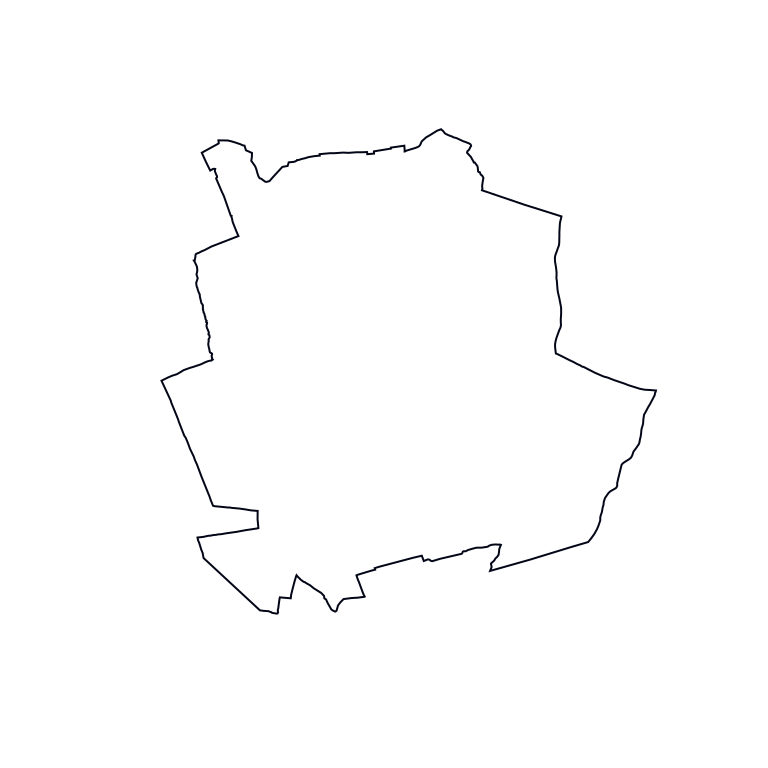 the district of Cozmesti, Iasi, Romania, rotated 203°
{"feature_id": "2599482B90266436678588", "entity_name": "Cozmesti", "entity_type": "district", "adm_level": 2, "iso_a3": "ROU", "parent_name": "Romania", "parent_adm1": "Iasi", "projection": "albers", "projection_center": [28.011, 46.872], "detail": "fine", "context": "isolated", "style": "outline", "palette": "ink", "viewbox_px": 768, "rotation_deg": 203, "n_neighbors": 0, "source": "geoboundaries", "source_scale": "gbopen_adm2", "svg_char_len": 6154}
<svg xmlns="http://www.w3.org/2000/svg" viewBox="0 0 768 768"><g transform="rotate(203 384 384)"><path d="M490.2,590.9L494.0,589.1L500.0,586.5L507.0,582.9L511.9,581.1L519.8,577.1L524.0,575.3L533.1,570.4L532.4,569.1L537.2,566.5L542.2,563.3L545.0,560.9L547.5,559.1L550.2,556.8L551.6,556.1L551.6,555.5L553.4,553.5L558.3,550.8L557.9,547.1L562.4,544.1L567.0,531.2L568.7,526.0L571.0,524.2L572.5,523.8L577.4,525.0L578.8,524.8L579.5,525.2L580.8,526.2L583.0,528.7L585.6,532.0L587.7,534.1L593.4,537.6L594.3,541.3L595.8,545.1L602.4,545.2L605.5,548.9L607.2,548.5L610.0,548.6L615.2,548.2L619.1,547.8L623.0,547.1L631.6,543.6L630.2,541.1L630.5,540.4L642.1,525.7L634.8,519.0L627.4,512.6L625.4,515.2L624.3,515.8L623.4,516.0L623.1,514.3L622.6,513.6L620.7,511.6L618.9,510.0L618.5,509.1L618.9,507.7L608.4,497.6L604.8,494.4L590.8,479.0L590.0,479.2L589.7,478.3L589.3,477.7L588.3,476.6L587.5,475.2L586.1,473.5L579.8,467.1L575.8,463.3L596.5,443.2L601.5,437.1L603.9,434.7L605.6,432.5L607.3,430.9L607.7,430.5L607.9,429.9L607.9,428.9L607.4,427.8L606.6,424.0L607.3,423.4L605.6,422.2L604.4,421.0L603.8,420.6L602.5,419.3L601.9,418.7L600.2,415.6L599.7,413.5L599.6,412.5L599.3,411.4L596.8,408.6L596.4,403.7L594.9,401.1L594.0,400.0L593.6,399.8L592.8,398.8L592.3,398.0L590.2,395.8L589.1,394.8L588.8,394.7L587.5,392.3L583.6,387.0L582.5,386.5L581.5,385.7L581.3,385.4L581.3,384.9L580.6,383.8L580.0,382.1L579.6,381.8L579.1,380.9L578.1,379.7L578.0,379.3L577.1,378.8L575.6,376.7L574.7,376.0L574.4,375.1L573.3,373.6L571.9,372.8L572.0,372.2L572.0,371.6L570.9,371.3L570.9,370.9L570.4,370.2L570.5,368.9L569.6,367.4L568.7,366.2L567.2,365.0L567.0,364.5L566.0,363.8L565.1,362.5L565.2,361.5L564.8,360.9L563.7,360.6L563.2,359.7L562.7,358.8L562.9,356.6L562.7,355.9L562.1,355.1L561.7,353.1L561.1,351.5L559.4,349.0L558.5,348.0L557.6,346.4L556.6,345.2L555.8,344.9L555.0,345.0L554.3,344.8L553.9,344.4L553.7,343.8L553.8,343.1L553.7,342.5L552.9,341.4L552.5,341.1L552.2,340.0L551.2,339.6L552.0,338.2L553.4,337.4L555.3,335.9L557.2,334.0L560.4,330.4L566.4,325.1L569.2,322.8L573.8,318.5L577.3,313.6L578.6,312.0L582.2,308.9L585.2,305.8L590.1,300.1L573.6,285.2L572.7,283.9L561.3,272.6L559.1,270.3L558.5,269.5L547.7,258.4L545.5,257.0L541.5,253.1L537.2,248.5L530.7,242.8L528.5,240.3L524.8,236.9L515.3,226.9L500.8,212.4L498.2,209.5L494.3,205.6L493.6,205.1L492.0,205.4L478.6,209.6L478.0,210.0L476.0,210.4L468.9,212.7L463.4,214.2L457.1,215.7L450.7,217.8L447.5,210.0L443.3,202.3L443.6,202.0L444.1,201.8L444.6,201.3L454.7,195.1L462.1,190.2L471.1,184.8L474.9,182.3L478.2,180.6L479.5,179.6L482.9,177.8L483.9,176.9L486.3,175.7L488.6,174.1L490.2,172.9L495.7,169.8L494.1,167.5L492.1,165.6L487.2,159.8L485.0,157.7L482.1,153.3L409.8,127.2L406.6,128.0L401.7,129.7L398.6,129.9L397.7,129.6L393.4,130.6L392.4,131.1L392.3,132.5L393.0,133.4L393.5,134.7L393.7,136.2L396.1,144.9L396.5,146.9L386.1,150.3L387.1,153.6L388.2,160.5L389.3,168.1L389.5,170.3L389.8,172.5L389.8,173.8L388.3,173.0L384.0,171.3L380.7,170.5L379.3,170.7L378.6,170.4L373.3,169.8L368.8,168.5L360.1,167.1L356.4,165.5L356.1,165.1L355.5,163.9L355.1,163.4L353.1,163.0L350.4,160.5L344.4,155.9L342.5,155.5L340.1,155.4L339.7,155.7L339.1,156.9L339.4,158.9L339.5,160.4L339.8,161.6L339.7,162.6L338.9,165.8L337.2,170.2L330.6,174.1L324.4,177.2L318.7,180.6L318.7,180.9L319.2,181.1L321.7,183.4L329.6,191.8L331.6,193.7L334.6,197.1L333.9,197.9L330.0,201.2L321.9,207.9L319.6,209.6L320.6,210.9L317.0,213.9L289.6,235.2L282.1,240.7L278.2,236.6L275.3,239.5L274.5,239.9L273.2,240.0L272.0,239.5L270.3,239.8L263.8,245.2L246.5,257.8L246.1,258.2L245.9,258.7L245.9,260.4L245.8,260.7L245.5,261.1L243.5,261.9L241.7,264.1L235.6,269.0L234.0,269.9L230.2,271.5L225.0,274.7L224.0,276.3L222.0,278.1L218.4,280.0L215.9,280.8L214.7,281.5L213.5,281.6L213.5,278.6L213.4,277.2L212.2,273.2L211.8,271.2L212.5,268.6L213.3,266.9L213.5,264.8L213.7,264.2L215.3,260.8L215.3,260.3L213.8,258.2L213.4,257.4L213.3,253.4L181.3,279.1L147.6,307.4L134.3,318.3L133.0,322.8L131.8,328.1L131.2,333.7L131.2,337.1L131.5,341.3L131.7,343.1L132.8,345.7L133.2,348.0L133.3,350.3L133.5,351.7L134.5,356.0L134.7,358.3L135.7,361.6L136.0,365.5L134.9,370.8L134.2,372.7L133.7,373.7L129.9,378.7L129.7,379.5L129.5,380.7L129.6,381.5L130.6,383.8L131.3,387.5L133.7,402.4L133.6,403.0L133.0,404.6L131.6,406.8L129.1,410.3L127.9,412.6L127.7,414.0L127.6,415.6L127.9,418.6L127.8,419.9L127.0,422.9L125.9,428.3L126.0,429.8L126.8,433.3L127.3,436.5L127.7,437.5L127.8,438.4L128.0,438.9L129.2,442.6L129.5,444.6L129.8,447.5L130.2,449.3L131.4,452.7L132.5,456.8L132.6,457.6L132.3,459.8L131.7,466.8L131.3,469.1L130.5,478.6L130.5,479.8L131.0,481.5L130.9,482.6L131.1,484.3L136.5,482.5L141.8,480.6L146.5,479.6L158.6,478.4L163.0,478.3L173.5,477.5L180.8,477.3L183.8,476.8L185.7,476.7L194.5,476.8L206.9,477.7L208.6,477.4L210.5,477.8L214.5,477.9L218.1,478.3L222.2,478.4L230.7,479.0L236.4,479.3L237.7,479.2L240.1,483.3L241.4,485.8L242.2,487.9L242.8,490.5L243.3,494.1L243.7,501.9L243.6,504.9L243.9,506.7L244.4,508.0L245.2,509.5L246.7,513.0L248.2,517.4L250.1,521.9L251.0,523.8L255.9,531.1L259.9,536.6L261.6,539.5L265.2,546.5L266.7,548.8L267.3,550.6L268.8,554.3L271.5,559.0L274.1,563.0L275.0,564.7L276.1,567.3L276.5,568.8L276.7,571.0L276.8,574.3L277.0,576.3L277.1,579.5L277.4,581.0L278.3,583.6L279.4,586.2L280.3,588.6L281.9,592.3L284.8,600.5L285.2,602.1L285.8,606.0L286.1,607.4L286.3,607.4L286.3,607.6L324.6,603.9L369.5,600.6L369.7,602.1L370.4,603.5L370.8,604.1L371.1,604.8L372.3,609.2L372.9,612.2L373.4,613.0L374.7,613.8L375.0,614.2L376.6,614.5L377.1,614.8L378.4,616.3L379.0,616.3L379.6,616.1L380.4,616.4L382.4,620.1L383.1,621.0L384.0,621.6L387.1,623.4L387.9,623.0L389.3,624.4L391.0,625.5L392.4,626.8L397.9,629.3L398.2,630.7L397.5,632.2L397.2,633.4L397.1,635.8L396.8,637.1L397.2,637.7L398.0,638.4L399.3,638.7L404.1,638.6L405.9,638.4L413.5,638.7L416.4,638.2L417.5,638.4L421.9,638.2L424.2,638.3L425.9,638.5L428.3,639.9L429.4,640.3L430.3,640.4L431.0,640.8L434.2,637.8L435.7,635.6L439.6,630.1L441.3,627.9L442.0,626.7L444.1,622.0L444.1,618.5L444.2,617.8L444.6,616.7L445.2,615.7L447.4,613.5L454.4,607.7L455.5,606.3L455.9,606.1L456.1,606.8L458.4,611.3L470.0,604.3L469.6,603.4L484.2,594.2L483.2,592.2L489.2,589.0L490.2,590.9Z" fill="none" stroke="#020617" stroke-width="2"/></g></svg>